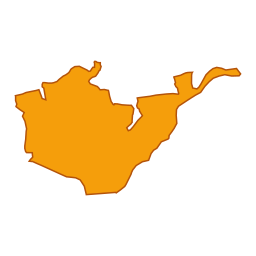 Bany Abeed, Ad Daqahliyah, Egypt
{"feature_id": "37247803B85878422276791", "entity_name": "Bany Abeed", "entity_type": "district", "adm_level": 2, "iso_a3": "EGY", "parent_name": "Egypt", "parent_adm1": "Ad Daqahliyah", "projection": "mercator", "projection_center": [31.692, 31.024], "detail": "fine", "context": "isolated", "style": "filled", "palette": "amber", "viewbox_px": 256, "rotation_deg": 0, "n_neighbors": 0, "source": "geoboundaries", "source_scale": "gbopen_adm2", "svg_char_len": 2714}
<svg xmlns="http://www.w3.org/2000/svg" viewBox="0 0 256 256"><path d="M240.6,73.9L236.5,68.5L225.8,70.0L221.7,68.3L216.7,67.4L213.0,68.6L209.7,71.1L206.0,74.8L201.0,83.9L198.9,87.2L196.9,88.9L192.7,88.0L192.3,86.3L191.9,85.1L191.5,83.4L191.6,75.0L192.0,72.9L192.4,72.3L187.9,72.5L185.8,72.9L183.8,73.7L180.5,75.3L173.9,76.9L173.9,77.3L174.7,79.4L175.5,82.8L174.7,84.0L175.9,86.6L177.5,88.2L177.9,90.3L178.3,92.0L178.7,93.3L178.5,94.1L177.5,94.1L173.0,93.6L166.4,94.0L156.1,95.1L149.9,96.3L147.4,96.6L138.0,97.8L137.2,98.0L137.6,99.5L138.0,101.2L137.5,102.8L136.7,105.8L137.5,107.9L139.2,109.1L139.6,111.2L142.4,115.7L141.2,117.1L137.9,120.4L133.3,126.6L130.4,129.9L128.3,130.7L126.7,127.8L128.4,126.1L130.8,124.1L131.7,122.8L132.1,122.4L132.1,121.6L132.1,120.7L132.5,114.9L133.0,114.1L133.8,108.6L131.4,105.3L130.1,105.3L127.7,105.2L121.9,104.8L117.4,103.9L114.5,103.8L113.9,104.8L112.9,104.2L112.5,103.4L111.2,101.7L109.6,96.3L109.2,94.2L108.8,92.1L108.4,90.4L107.8,90.3L104.3,89.5L100.1,89.8L98.6,87.8L97.3,86.5L90.3,83.9L88.7,81.4L89.5,79.8L90.8,78.5L92.4,77.3L94.9,76.5L95.7,76.1L97.8,73.2L99.1,70.7L99.9,70.3L101.1,66.5L100.3,64.8L100.3,62.7L99.1,62.7L97.0,62.3L95.8,61.4L94.6,61.4L94.2,62.2L94.6,63.5L94.5,67.3L92.9,67.3L91.7,68.9L90.4,71.0L88.8,71.4L87.1,70.1L79.3,66.3L78.0,66.4L74.8,66.6L71.5,68.7L70.7,69.5L70.3,70.4L69.0,72.4L68.6,72.8L67.4,73.7L65.7,74.9L63.2,76.1L59.1,79.4L57.0,81.5L53.7,82.7L51.7,83.1L48.4,83.1L44.7,82.6L43.0,82.6L42.2,84.3L42.2,86.8L43.8,88.1L45.8,99.8L42.1,98.5L41.7,97.2L38.9,89.7L36.0,90.5L26.1,92.5L22.4,94.1L15.4,95.7L15.6,96.5L15.6,100.7L16.8,104.1L16.0,106.6L19.7,109.5L24.2,112.5L22.9,115.4L22.5,116.2L25.0,121.3L26.6,128.8L26.2,131.3L25.7,139.3L24.8,145.9L24.8,148.4L25.6,151.4L26.5,152.6L32.2,152.7L32.7,157.1L32.5,157.4L30.5,159.4L29.2,161.2L30.9,161.4L31.8,161.5L32.6,161.5L36.3,163.2L41.2,165.3L49.8,169.2L60.1,173.9L65.0,176.1L66.6,176.8L71.6,177.3L75.7,177.8L80.2,179.9L84.3,186.2L86.1,193.6L86.3,194.6L99.9,193.6L115.5,192.4L116.2,192.9L120.4,189.9L123.4,187.5L124.8,186.4L124.9,186.1L125.9,184.6L131.0,174.3L131.7,172.1L132.9,169.6L133.7,168.7L134.3,167.9L136.2,165.5L142.5,161.7L144.8,161.2L148.6,160.3L151.1,153.5L153.6,150.2L156.9,148.2L157.4,147.5L157.9,146.7L159.8,144.0L161.3,141.8L164.8,140.4L165.2,140.2L168.0,139.1L168.8,138.3L169.1,135.8L169.1,135.4L170.1,134.1L172.0,131.5L173.7,129.0L174.0,128.6L176.2,124.5L176.8,123.5L176.3,116.4L176.2,115.8L176.5,109.5L177.1,108.5L178.5,106.2L187.7,100.1L188.2,99.8L191.9,97.4L193.7,96.3L195.2,95.3L200.4,92.5L200.7,92.3L204.2,87.3L204.9,86.3L207.8,83.2L208.8,82.1L209.3,81.6L213.3,78.2L219.2,76.0L224.8,74.7L231.6,76.0L232.3,76.0L239.1,75.8L240.6,73.9Z" fill="#f59e0b" stroke="#b45309" stroke-width="1.5"/></svg>